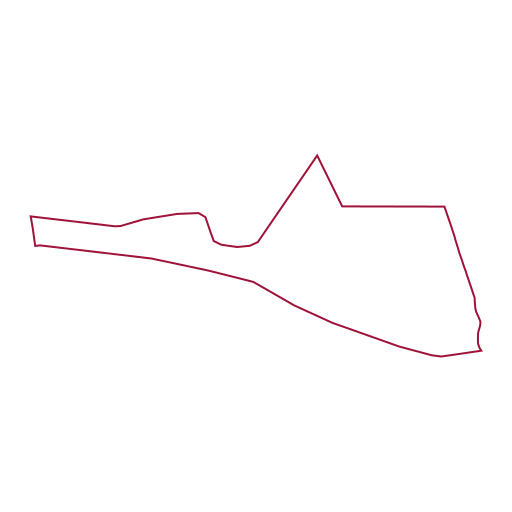 Nakhl, Shamal Sina', Egypt
{"feature_id": "37247803B50825531526089", "entity_name": "Nakhl", "entity_type": "district", "adm_level": 2, "iso_a3": "EGY", "parent_name": "Egypt", "parent_adm1": "Shamal Sina'", "projection": "albers", "projection_center": [34.247, 29.91], "detail": "fine", "context": "isolated", "style": "outline", "palette": "rose", "viewbox_px": 512, "rotation_deg": 0, "n_neighbors": 0, "source": "geoboundaries", "source_scale": "gbopen_adm2", "svg_char_len": 818}
<svg xmlns="http://www.w3.org/2000/svg" viewBox="0 0 512 512"><path d="M35.2,245.9L40.2,245.4L151.4,258.5L208.9,270.7L253.3,281.9L285.0,300.1L294.4,305.5L332.5,322.9L399.1,346.5L431.8,355.3L441.3,356.5L456.8,354.3L481.3,350.7L479.4,347.7L478.0,343.4L477.9,340.4L478.0,336.5L478.0,333.7L478.4,331.7L479.8,326.7L480.3,324.5L480.4,321.5L478.6,317.2L476.2,311.9L475.4,308.9L474.9,303.4L474.6,297.6L473.9,295.7L470.2,284.6L466.9,275.1L465.9,271.7L463.6,265.4L462.2,261.0L459.4,253.1L457.9,247.9L455.3,239.6L454.9,237.7L450.8,225.1L445.9,210.9L444.4,206.6L342.2,206.4L317.2,155.5L257.8,242.1L249.8,245.8L237.2,247.0L229.2,245.9L221.2,244.7L213.7,241.0L210.1,230.9L205.4,217.1L198.6,213.1L177.2,213.9L143.1,219.4L120.7,226.0L114.9,226.3L30.7,216.4L32.8,228.6L35.2,245.9Z" fill="none" stroke="#9f1239" stroke-width="2"/></svg>